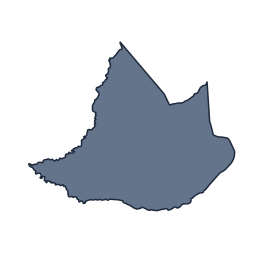 the border of El Beni, rotated 263°
{"feature_id": "BOL-1293", "entity_name": "El Beni", "entity_type": "Department", "adm_level": 1, "iso_a3": "BOL", "parent_name": "Bolivia", "parent_adm1": "", "projection": "natural_earth1", "projection_center": [-65.092, -13.43], "detail": "fine", "context": "isolated", "style": "filled", "palette": "slate", "viewbox_px": 256, "rotation_deg": 263, "n_neighbors": 0, "source": "natural_earth", "source_scale": "10m", "svg_char_len": 5656}
<svg xmlns="http://www.w3.org/2000/svg" viewBox="0 0 256 256"><g transform="rotate(263 128 128)"><path d="M104.4,25.1L104.5,25.5L103.9,27.1L103.5,27.5L102.8,27.7L102.8,27.9L103.2,28.8L103.0,29.2L103.0,29.7L103.4,30.9L103.2,33.0L103.7,33.7L104.2,34.0L104.6,34.5L104.8,35.5L104.5,37.4L104.1,38.9L104.2,39.3L105.4,39.7L105.9,40.1L106.3,40.6L106.6,41.1L106.7,44.0L107.1,44.7L107.1,45.1L107.0,45.4L106.3,46.0L105.9,46.8L105.9,47.4L106.2,48.7L105.9,49.3L104.8,50.3L104.4,50.9L104.3,51.7L104.6,52.2L105.1,52.6L105.4,53.1L105.2,53.6L104.5,54.3L104.6,55.1L105.0,55.7L106.4,56.8L106.2,57.2L105.6,58.3L105.5,58.6L106.6,61.8L107.3,62.8L108.4,62.5L109.4,63.2L109.6,63.6L109.6,64.0L109.3,64.6L109.5,65.5L110.2,65.7L110.8,66.2L111.0,66.5L110.3,66.8L110.2,67.1L110.3,67.9L110.0,69.1L110.0,70.3L110.1,70.8L111.1,71.7L111.4,71.9L111.7,71.5L111.9,69.5L112.1,69.2L112.5,69.1L112.6,69.4L112.5,70.1L112.9,70.6L113.9,71.2L114.2,72.3L114.7,73.4L114.7,74.7L114.8,75.5L115.0,75.8L115.7,76.1L115.9,76.4L115.9,76.9L115.4,77.8L115.4,78.5L115.6,79.0L115.9,79.4L116.8,79.8L118.0,79.9L119.8,80.4L120.5,80.1L121.8,80.6L122.2,81.8L122.5,82.5L123.5,83.6L123.2,84.1L123.4,84.4L123.7,84.6L124.1,84.5L124.2,83.3L124.3,83.1L124.8,83.1L125.1,83.8L125.1,84.1L124.8,84.7L125.5,85.7L127.6,86.8L128.9,86.9L129.4,87.4L130.0,87.7L130.6,87.6L131.1,88.1L131.2,88.8L131.1,90.2L130.5,91.6L130.6,92.2L131.7,92.7L132.5,94.1L133.3,95.0L133.9,95.3L134.6,95.4L135.7,95.2L136.2,95.3L136.5,96.4L137.0,96.4L138.0,95.6L138.6,95.6L139.1,95.7L139.5,96.0L140.3,97.0L140.6,97.1L141.3,96.1L141.8,96.7L143.5,96.8L144.1,97.7L144.7,97.7L145.6,97.3L146.0,97.4L146.6,97.9L147.1,98.0L147.4,97.6L148.8,95.6L148.8,95.4L150.6,94.9L154.7,95.6L156.4,96.7L157.6,97.8L158.1,98.1L159.4,98.3L159.7,98.4L160.2,99.0L160.4,100.0L161.1,100.5L161.3,101.1L162.4,102.0L163.4,102.4L164.2,103.1L164.6,103.3L166.6,103.3L166.9,103.2L167.3,102.6L167.9,102.1L168.5,102.1L168.9,101.4L169.8,101.0L171.6,101.6L171.9,102.1L172.1,103.3L172.5,103.9L172.3,104.3L172.3,104.7L173.3,105.9L173.5,106.2L173.6,106.9L173.8,107.6L174.1,108.1L174.5,108.4L175.1,108.6L175.8,108.2L176.1,108.7L177.7,111.2L177.8,111.4L178.6,111.5L178.8,111.7L179.0,112.5L179.3,113.0L179.8,113.4L180.4,113.7L180.5,113.1L180.8,112.9L181.8,112.8L182.5,112.2L182.8,112.2L183.4,112.6L183.9,113.1L184.0,114.2L184.1,114.4L186.7,115.6L188.4,115.6L189.0,115.7L189.4,116.0L190.2,117.1L190.3,117.6L190.9,117.7L191.7,118.1L193.0,118.3L193.4,118.2L193.7,117.9L194.3,118.2L194.8,118.1L195.2,117.8L196.6,117.5L196.9,117.5L197.7,118.1L197.7,117.4L198.0,117.5L198.7,118.4L199.0,118.5L199.4,118.5L199.4,121.2L199.5,121.8L199.8,122.3L200.4,122.8L201.7,124.4L202.1,124.6L202.6,125.6L203.9,126.4L205.3,128.0L206.4,128.8L207.1,131.3L207.4,131.7L208.1,131.8L209.8,131.3L210.3,131.6L210.9,131.2L212.3,130.7L214.5,130.5L157.1,168.2L147.2,171.5L145.8,172.2L146.4,175.4L146.5,179.4L146.6,181.1L146.6,182.1L146.2,184.0L146.5,185.6L146.7,186.2L147.6,187.8L148.6,191.2L151.7,196.6L152.2,197.1L153.3,197.7L153.7,198.2L153.9,198.7L154.0,200.3L154.2,200.8L155.5,202.4L155.9,202.6L156.5,202.7L156.8,202.9L157.7,203.7L159.1,204.6L159.7,205.3L160.0,206.1L160.8,207.3L161.0,209.0L161.1,209.7L161.4,210.1L162.4,211.3L163.8,211.8L164.4,212.1L125.7,209.9L125.3,209.9L124.9,209.7L122.1,210.4L111.1,211.8L110.2,212.5L108.8,215.2L107.9,217.4L107.8,217.9L107.8,219.0L106.3,224.4L105.8,225.4L105.4,226.0L102.7,227.5L92.6,230.8L91.7,230.9L90.3,230.8L87.2,230.1L85.0,229.2L83.5,228.4L80.7,226.3L80.1,225.7L75.3,220.0L73.7,217.5L72.7,214.7L72.4,214.0L63.1,203.4L57.3,197.3L56.7,196.0L56.5,195.7L55.3,195.0L55.0,194.7L54.8,194.3L54.6,193.6L54.8,191.8L54.7,190.9L52.9,186.7L52.1,185.4L51.0,184.1L50.2,182.3L49.6,181.6L48.9,181.6L48.2,181.7L47.5,181.5L46.4,180.7L46.0,180.0L45.6,178.8L45.5,177.6L45.8,174.9L45.8,173.5L45.7,172.8L45.4,172.2L44.0,170.8L43.4,169.9L42.5,167.5L42.7,166.9L43.6,165.9L43.9,165.2L43.9,164.6L43.7,163.9L43.4,163.3L42.7,162.6L42.6,162.2L42.5,161.4L42.2,161.0L41.8,159.7L41.5,158.4L41.7,157.8L42.0,157.5L42.9,157.0L43.3,156.5L43.4,156.0L43.1,154.3L43.2,152.3L42.8,149.2L42.5,147.7L42.4,147.2L43.2,143.2L44.0,141.7L44.1,141.0L43.7,140.1L43.7,139.5L44.3,137.4L45.5,136.2L46.0,135.1L47.2,133.4L47.5,132.8L47.5,132.1L47.0,131.3L46.5,128.2L46.5,127.0L46.9,125.9L48.2,123.7L48.6,123.1L49.6,122.2L51.9,119.1L52.3,117.8L53.3,117.0L54.4,114.6L54.9,114.1L55.5,114.0L56.0,114.1L56.4,113.9L57.8,110.0L59.4,102.2L59.4,101.4L58.8,99.2L59.9,97.3L60.0,96.8L59.7,96.2L59.7,95.8L59.6,93.7L59.7,93.1L60.6,91.1L60.2,89.3L60.4,88.6L61.0,87.1L61.0,86.3L60.8,85.4L60.8,84.7L61.2,83.1L61.4,81.7L61.2,80.0L60.8,78.4L60.2,77.1L59.8,76.5L59.6,76.4L59.1,76.6L58.9,76.5L58.7,75.9L58.5,75.1L58.7,74.4L59.1,74.3L59.7,74.4L60.2,74.2L61.0,73.4L61.4,72.6L61.2,72.1L60.6,71.2L60.6,70.6L60.9,70.3L62.6,70.3L63.7,68.9L64.2,68.7L65.2,68.8L65.7,68.5L66.1,67.9L66.1,67.1L65.9,65.4L66.1,64.8L66.8,63.9L66.9,63.2L66.8,62.4L66.8,61.6L67.1,60.9L67.8,60.6L70.4,60.4L72.4,60.7L73.1,60.4L74.7,59.3L76.7,59.0L77.6,58.8L77.8,57.3L79.4,56.9L79.7,56.3L79.5,55.8L79.2,55.5L79.0,55.1L79.1,54.3L79.4,53.7L80.4,52.2L80.7,51.6L80.4,49.8L80.5,49.0L80.8,48.9L81.8,49.1L82.5,48.4L82.7,47.3L82.7,46.1L83.0,45.1L83.3,44.6L83.7,45.0L84.2,44.7L84.5,44.0L84.9,42.7L85.5,41.2L85.2,40.7L84.9,40.6L84.3,40.9L84.0,40.9L83.7,40.5L83.7,40.3L84.6,40.0L85.8,38.9L86.4,38.6L87.6,38.8L88.8,39.3L89.8,39.3L90.2,38.4L90.1,37.7L89.7,37.1L89.3,36.7L88.7,36.5L88.5,36.2L88.7,35.6L89.1,34.9L89.4,34.7L89.7,34.9L90.1,35.3L90.6,36.2L91.0,36.3L91.7,36.1L93.0,35.6L93.7,35.0L94.0,34.4L94.0,32.9L93.6,31.5L93.7,30.9L94.4,30.7L96.3,31.2L96.9,30.8L98.0,29.7L100.5,28.3L100.8,28.0L100.9,27.4L101.4,26.6L102.3,25.6L102.8,25.4L104.4,25.1Z" fill="#64748b" stroke="#1e293b" stroke-width="1.5"/></g></svg>